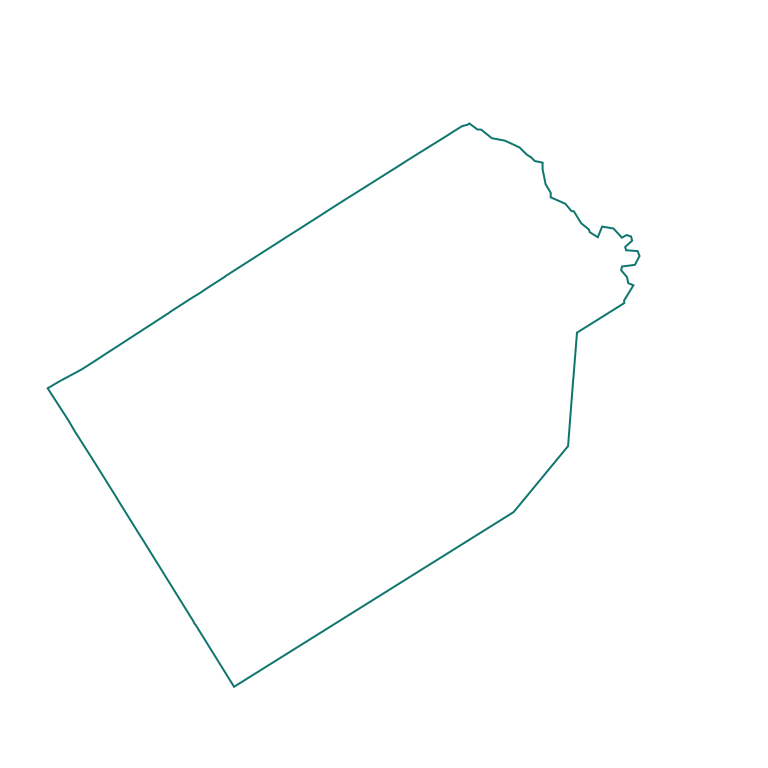 outline of Box Elder, Utah, United States of America, rotated 328°
{"feature_id": "52423323B39840445321611", "entity_name": "Box Elder", "entity_type": "district", "adm_level": 2, "iso_a3": "USA", "parent_name": "United States of America", "parent_adm1": "Utah", "projection": "mercator", "projection_center": [-112.684, 41.501], "detail": "fine", "context": "isolated", "style": "outline", "palette": "teal", "viewbox_px": 768, "rotation_deg": 328, "n_neighbors": 0, "source": "geoboundaries", "source_scale": "gbopen_adm2", "svg_char_len": 1258}
<svg xmlns="http://www.w3.org/2000/svg" viewBox="0 0 768 768"><g transform="rotate(328 384 384)"><path d="M372.8,207.8L372.6,207.8L306.8,208.5L306.3,208.7L282.6,209.0L278.0,209.3L267.7,209.2L266.2,209.2L258.4,209.3L241.1,209.5L240.0,209.7L170.1,210.9L161.7,211.0L154.8,211.2L135.9,211.4L109.2,209.7L96.5,209.4L97.1,248.2L96.7,260.4L97.0,294.8L97.0,340.6L96.9,344.0L96.8,384.9L96.9,387.8L96.6,483.8L96.3,487.0L96.6,488.1L96.4,561.3L319.3,561.3L426.1,561.3L507.2,534.2L547.9,479.0L548.0,479.0L574.9,442.7L628.9,442.7L630.6,442.7L631.9,440.4L647.8,432.5L644.6,427.9L646.7,422.0L645.4,413.2L648.1,410.5L659.9,415.9L668.5,410.9L669.5,405.7L660.2,398.9L661.1,395.6L670.4,393.9L671.7,389.9L668.7,386.2L663.3,386.0L661.0,373.7L652.4,366.1L643.1,372.8L639.0,364.5L639.6,361.5L636.4,352.1L636.5,338.1L634.6,336.7L633.3,327.3L624.3,314.0L626.7,310.2L626.9,300.3L632.3,285.9L635.8,280.3L630.0,274.8L628.6,268.7L628.3,268.6L628.2,268.6L626.6,265.0L624.3,255.2L615.4,241.6L605.7,232.7L601.3,219.9L598.1,217.6L594.4,208.3L592.1,208.4L586.9,206.7L574.7,206.7L567.8,206.8L535.6,206.7L518.6,206.7L518.5,206.8L466.2,207.0L449.9,207.0L428.9,207.2L417.1,207.4L404.5,207.5L404.0,207.5L396.8,207.6L378.4,207.7L372.8,207.8Z" fill="none" stroke="#0f766e" stroke-width="2"/></g></svg>